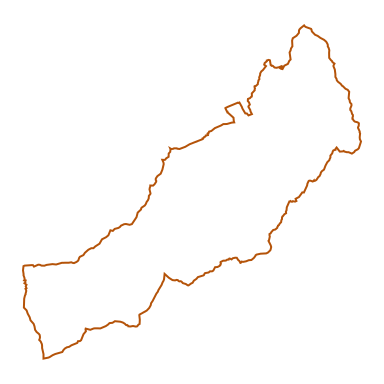 the district of Dofteana, Bacau, Romania
{"feature_id": "2599482B75140484228635", "entity_name": "Dofteana", "entity_type": "district", "adm_level": 2, "iso_a3": "ROU", "parent_name": "Romania", "parent_adm1": "Bacau", "projection": "mercator", "projection_center": [26.493, 46.301], "detail": "fine", "context": "isolated", "style": "outline", "palette": "amber", "viewbox_px": 384, "rotation_deg": 0, "n_neighbors": 0, "source": "geoboundaries", "source_scale": "gbopen_adm2", "svg_char_len": 5924}
<svg xmlns="http://www.w3.org/2000/svg" viewBox="0 0 384 384"><path d="M260.6,253.7L266.2,253.4L267.9,252.6L270.3,250.3L270.7,249.2L271.2,247.0L270.7,245.3L268.5,240.9L269.0,240.2L269.8,236.5L269.5,235.3L269.5,234.0L270.7,233.3L271.1,232.4L273.2,230.0L275.3,229.5L277.2,227.9L277.3,227.1L277.9,226.3L278.0,225.6L279.0,225.0L279.7,223.6L281.1,222.2L281.4,220.1L282.0,219.1L282.0,217.6L282.4,216.5L282.8,216.3L284.4,214.2L286.1,213.2L285.9,211.5L286.5,210.4L286.8,207.3L289.4,201.4L290.3,201.4L290.6,201.1L291.2,201.7L292.4,201.7L292.8,201.2L295.1,201.6L296.4,201.0L295.6,198.8L299.0,197.0L302.3,192.4L303.9,192.5L307.1,185.5L307.4,183.7L308.6,181.1L309.2,180.7L310.5,180.7L312.7,181.5L313.7,180.6L313.7,181.1L315.4,180.6L316.5,179.8L318.4,176.9L319.4,176.3L320.5,174.2L320.9,172.5L322.0,171.1L324.0,169.6L325.5,165.6L327.3,162.2L329.3,160.2L329.8,158.7L330.4,157.6L330.4,155.6L332.2,153.4L332.8,151.3L333.5,150.3L335.5,149.8L335.5,148.9L336.6,147.5L339.8,151.6L342.7,151.4L343.7,150.9L344.2,151.5L346.8,152.2L348.6,152.2L351.9,153.6L354.2,152.1L355.1,150.7L357.8,149.3L358.9,148.1L361.0,141.5L359.9,139.3L359.7,137.3L360.1,133.3L359.6,132.4L359.7,131.5L358.0,127.8L358.1,127.1L358.7,125.9L358.9,123.3L357.6,122.3L354.8,121.6L353.5,120.4L353.1,119.3L352.4,118.9L352.5,117.3L352.9,116.8L352.9,115.0L352.1,114.0L351.3,111.2L350.3,110.0L350.3,108.4L351.2,106.3L351.5,105.3L351.4,104.0L350.2,102.7L349.8,101.8L349.7,100.5L348.6,98.2L349.2,91.8L347.7,89.8L345.5,88.8L342.8,86.1L342.1,85.8L340.7,83.9L337.9,81.7L336.8,80.3L336.5,78.8L335.4,77.0L335.4,74.2L334.8,69.5L333.5,66.4L333.5,65.5L334.5,63.6L332.5,62.2L332.1,61.2L330.9,60.1L329.2,57.9L329.1,52.7L329.3,50.2L328.6,47.8L327.8,46.5L327.8,44.9L327.4,43.8L326.2,41.7L324.0,39.8L320.4,37.9L317.7,35.9L315.1,34.8L312.1,31.7L311.7,30.9L311.5,29.7L311.1,28.9L305.8,27.0L304.8,26.3L304.1,25.4L300.6,28.2L299.4,29.5L299.0,30.5L298.9,32.9L296.5,35.8L292.8,38.2L292.1,40.6L292.4,46.3L291.0,48.5L290.6,50.4L289.6,52.4L290.6,59.5L289.3,60.8L287.9,63.9L284.3,65.7L282.5,69.1L281.1,68.8L280.1,68.2L280.5,67.4L282.0,66.9L281.9,66.2L281.6,66.1L279.1,67.2L276.4,67.8L274.5,67.5L273.1,66.1L272.3,65.7L271.6,65.8L271.4,65.3L270.7,65.0L269.9,60.3L269.4,60.1L268.5,59.9L266.8,60.5L266.9,61.1L266.5,61.5L264.7,63.0L264.2,64.7L266.0,66.1L262.9,70.1L261.3,71.4L260.2,73.4L260.1,75.1L259.2,77.3L259.4,79.2L258.4,80.4L258.4,81.2L257.9,82.8L257.8,84.2L255.8,86.0L254.6,86.2L254.5,86.5L254.5,87.0L255.0,88.5L254.6,89.2L254.7,90.3L251.8,93.4L251.9,95.9L251.7,96.6L251.3,96.7L249.9,98.2L248.0,98.9L247.9,99.4L247.8,101.0L249.0,102.4L249.8,104.6L248.5,106.2L248.4,106.8L250.2,109.9L250.5,111.4L251.9,114.1L248.5,115.4L246.9,113.5L245.3,113.4L242.4,108.5L241.9,107.0L239.4,102.5L238.3,103.0L237.8,102.7L227.9,106.8L225.4,108.0L225.4,108.3L227.3,112.2L227.6,112.0L227.9,112.7L233.5,117.7L233.8,121.2L234.2,122.4L231.8,122.6L226.9,124.0L223.3,124.1L221.0,125.5L214.9,128.1L211.3,131.0L209.1,131.6L208.7,132.7L208.4,132.8L208.4,133.5L207.6,133.7L207.9,135.1L205.8,135.5L205.8,135.9L205.1,136.7L204.3,136.9L203.4,138.1L202.6,138.4L202.7,139.1L189.7,144.2L185.3,146.8L179.5,149.0L177.2,148.7L176.8,148.3L174.0,148.3L173.5,148.7L171.4,149.1L170.2,148.4L170.5,149.1L170.2,151.9L168.7,153.5L168.6,156.8L166.1,158.4L165.3,159.6L164.5,159.9L162.3,159.8L163.5,162.6L163.7,164.1L162.4,169.6L160.7,173.7L157.4,176.1L155.8,178.5L155.7,179.9L156.2,180.7L156.2,181.7L154.5,184.3L153.1,185.6L150.3,185.5L150.3,186.4L149.8,187.7L149.5,189.4L150.5,193.4L150.3,194.1L148.9,195.8L148.7,198.4L147.9,200.3L146.7,201.8L145.8,204.0L144.8,205.5L141.7,207.6L141.2,208.3L141.0,209.5L137.7,212.6L136.5,217.2L131.9,224.1L129.6,224.8L126.0,224.0L124.1,224.2L120.9,225.7L120.1,226.8L118.5,227.9L114.7,228.9L112.8,230.9L110.4,230.3L108.4,235.3L106.1,237.2L102.0,239.3L99.5,243.7L95.3,246.4L93.4,248.2L91.3,248.2L88.4,249.7L84.9,252.8L83.4,255.1L79.9,256.8L79.2,257.8L78.4,260.2L77.8,261.0L76.4,262.0L74.0,263.1L72.7,262.9L71.3,262.3L68.9,262.7L61.9,262.8L56.1,264.5L52.5,264.1L46.6,264.9L44.4,265.7L41.5,265.6L39.8,264.8L38.2,264.7L34.0,266.6L33.0,265.2L31.9,265.1L24.7,265.6L23.5,266.1L23.0,270.3L23.6,274.2L23.5,275.2L24.4,277.7L24.7,279.5L24.2,280.3L25.6,280.5L25.3,281.3L25.4,282.5L24.5,283.2L26.5,284.8L25.7,286.3L26.5,288.2L25.5,288.8L26.2,290.3L26.2,291.3L25.5,294.0L25.6,294.4L25.0,295.4L24.2,298.6L23.9,307.6L26.6,310.4L27.7,313.6L29.7,317.3L30.5,320.3L33.6,323.8L34.5,326.4L35.1,329.8L36.6,332.0L38.9,333.9L39.7,335.0L40.0,337.2L39.7,338.8L39.2,339.9L40.7,341.5L41.9,344.2L42.1,346.0L42.1,348.0L43.5,354.1L43.5,358.6L48.4,357.6L49.6,357.1L52.6,355.2L55.3,354.0L62.3,352.0L63.4,350.1L64.9,348.5L66.9,347.3L69.2,346.8L71.4,345.3L77.3,342.9L78.0,341.2L79.9,341.1L81.1,340.2L83.5,334.2L85.9,331.3L85.5,329.3L85.7,328.6L90.3,329.8L93.6,328.5L95.0,328.3L100.4,328.4L105.8,326.1L108.0,324.6L109.5,323.1L112.5,322.8L114.9,321.2L120.3,321.7L122.8,322.5L124.8,323.7L125.9,324.9L126.7,325.2L127.1,325.0L128.2,325.8L128.3,326.3L130.3,326.5L133.0,326.0L135.9,326.6L137.2,326.3L138.4,324.7L139.6,324.0L139.8,319.7L139.3,315.1L139.5,314.6L146.7,310.6L149.2,308.0L150.7,305.3L151.1,303.2L152.6,301.0L156.4,293.6L157.9,291.6L158.3,290.3L161.6,284.9L162.6,282.3L163.3,281.2L164.0,279.5L164.6,273.9L168.9,277.8L172.5,280.1L175.1,280.4L176.5,279.9L177.8,280.1L178.3,280.8L179.3,281.4L180.7,281.2L181.6,281.7L182.8,283.1L185.8,284.0L187.7,285.3L188.5,285.4L191.1,283.5L192.6,282.8L193.8,280.7L196.4,278.9L197.9,277.1L203.5,275.4L203.9,275.1L204.7,273.4L205.1,273.1L208.6,272.5L210.0,271.3L212.1,271.3L213.3,270.6L215.1,267.2L217.5,267.0L219.6,265.9L220.3,265.1L220.2,264.9L220.9,263.8L220.5,262.7L220.6,262.0L223.2,260.7L225.8,260.6L227.3,259.6L228.7,259.6L229.1,258.7L229.7,258.5L231.6,259.4L232.7,258.3L235.2,257.7L236.8,257.8L238.1,259.9L239.4,261.0L240.4,262.9L240.8,262.8L241.7,261.6L243.0,261.9L246.1,261.3L248.8,260.2L251.4,260.0L253.8,258.0L255.3,256.1L255.5,255.4L256.5,254.6L260.6,253.7Z" fill="none" stroke="#b45309" stroke-width="2"/></svg>